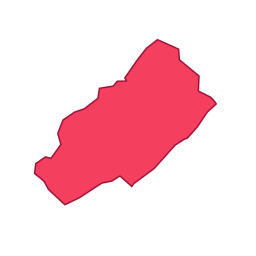 Page, Virginia, United States of America (Natural Earth projection), rotated 199°
{"feature_id": "52423323B75705983490495", "entity_name": "Page", "entity_type": "district", "adm_level": 2, "iso_a3": "USA", "parent_name": "United States of America", "parent_adm1": "Virginia", "projection": "natural_earth1", "projection_center": [-78.471, 38.622], "detail": "fine", "context": "isolated", "style": "filled", "palette": "rose", "viewbox_px": 256, "rotation_deg": 199, "n_neighbors": 0, "source": "geoboundaries", "source_scale": "gbopen_adm2", "svg_char_len": 636}
<svg xmlns="http://www.w3.org/2000/svg" viewBox="0 0 256 256"><g transform="rotate(199 128 128)"><path d="M203.6,64.3L201.5,54.6L190.0,50.3L183.1,44.0L162.7,34.9L151.4,46.1L134.7,67.5L126.0,72.6L120.1,80.0L105.4,74.0L104.3,77.5L90.1,98.2L77.8,127.3L70.8,136.1L68.9,137.3L62.9,151.3L58.2,168.9L52.4,179.5L55.8,181.9L59.9,184.0L73.5,185.8L77.8,200.3L101.6,209.2L105.8,219.0L128.9,221.1L136.6,209.3L141.1,196.1L147.3,174.4L144.9,171.8L153.4,168.7L155.6,162.8L167.9,156.2L166.1,146.3L175.6,131.9L183.7,125.6L192.1,114.3L192.6,100.0L186.1,90.6L190.9,74.3L196.6,73.8L203.6,64.3Z" fill="#f43f5e" stroke="#9f1239" stroke-width="1.5"/></g></svg>